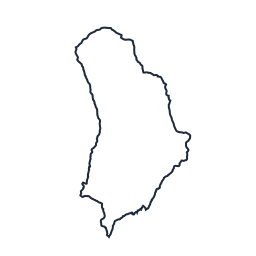 Brusturoasa, Bacau, Romania, rotated 349°
{"feature_id": "2599482B60057151040295", "entity_name": "Brusturoasa", "entity_type": "district", "adm_level": 2, "iso_a3": "ROU", "parent_name": "Romania", "parent_adm1": "Bacau", "projection": "orthographic", "projection_center": [26.192, 46.569], "detail": "fine", "context": "isolated", "style": "outline", "palette": "slate", "viewbox_px": 256, "rotation_deg": 349, "n_neighbors": 0, "source": "geoboundaries", "source_scale": "gbopen_adm2", "svg_char_len": 5770}
<svg xmlns="http://www.w3.org/2000/svg" viewBox="0 0 256 256"><g transform="rotate(349 128 128)"><path d="M130.3,26.7L125.7,25.5L123.9,24.9L122.1,24.8L120.7,25.0L119.2,26.0L115.4,26.0L114.5,26.7L113.8,27.0L110.0,27.8L108.6,28.4L107.8,28.8L106.8,29.6L105.2,31.6L104.8,31.9L104.2,32.2L102.2,32.4L100.9,32.7L100.0,33.6L98.5,35.6L96.3,36.6L94.5,38.1L92.6,38.9L92.2,38.9L92.4,40.1L92.4,40.9L91.1,42.9L90.9,44.3L91.6,46.9L92.2,48.4L92.3,49.2L91.7,50.5L91.3,50.9L91.2,51.4L91.7,52.2L92.0,53.2L93.1,54.4L93.8,55.5L94.4,56.1L94.7,56.6L94.7,58.2L94.9,59.0L95.4,59.5L95.5,60.6L95.3,62.1L95.4,62.7L95.7,63.2L95.7,63.5L95.6,63.9L95.8,64.7L95.8,66.4L95.9,66.9L95.7,67.7L96.4,69.2L96.2,69.4L96.3,70.0L96.5,70.9L97.1,72.7L97.1,73.4L97.4,75.0L97.7,75.9L98.6,77.3L98.8,78.3L98.9,79.8L98.7,80.6L98.6,81.6L98.6,83.2L97.9,85.5L98.4,87.0L99.2,88.0L99.5,89.1L99.4,90.0L99.1,91.2L99.2,92.7L99.1,93.5L99.3,94.1L99.8,94.6L99.8,95.3L100.1,96.4L99.9,97.0L99.9,97.7L100.3,99.2L100.2,99.7L100.4,100.4L100.4,101.4L101.2,103.4L101.0,103.8L101.1,104.2L101.0,106.0L100.8,106.6L100.6,108.3L100.4,109.0L100.7,112.6L101.5,113.9L102.0,115.2L101.7,116.5L101.1,118.0L100.9,119.4L100.8,123.0L99.7,125.4L99.7,126.5L98.9,128.0L98.3,129.0L96.4,130.4L96.2,131.4L95.5,132.2L95.4,132.6L95.5,133.2L95.3,135.0L94.8,135.8L94.1,136.2L93.5,137.7L93.2,138.9L90.8,140.8L88.6,141.8L88.1,142.6L88.0,143.1L88.4,144.3L88.4,144.7L88.3,144.9L87.8,145.2L87.5,145.7L86.8,146.0L86.1,147.3L86.1,148.4L85.5,149.2L85.5,149.5L85.4,151.2L85.1,151.8L84.8,152.1L84.2,153.7L83.6,154.6L83.5,155.1L83.3,155.6L83.4,157.5L83.5,157.9L83.4,158.4L83.0,158.9L82.5,158.7L82.2,159.4L81.8,160.4L82.0,161.2L81.8,161.8L81.4,162.1L81.1,163.2L80.6,164.4L80.3,164.8L80.1,165.4L79.9,165.6L79.9,166.2L79.6,166.7L79.7,167.4L79.7,167.7L79.4,168.0L79.5,168.5L77.9,171.2L77.2,173.2L77.0,174.4L76.8,174.7L76.2,174.7L75.2,174.2L73.5,173.0L72.6,173.9L72.5,174.6L73.4,176.3L73.5,177.1L73.1,177.9L72.8,178.1L72.9,178.4L72.2,179.2L71.6,179.8L70.6,180.4L69.7,181.1L69.6,183.1L69.4,183.6L69.0,184.0L68.4,185.1L69.9,186.9L71.0,187.0L71.3,186.7L72.6,186.5L76.4,187.4L77.0,187.9L78.2,189.6L78.7,189.9L79.4,190.8L80.1,191.0L81.0,191.9L81.8,192.4L82.2,192.6L82.7,193.3L83.6,193.7L85.2,195.4L86.4,196.0L88.0,197.2L87.8,198.7L87.4,199.9L87.3,200.9L87.7,202.1L87.7,202.7L88.2,202.9L88.0,203.6L87.9,205.1L88.4,206.8L88.4,209.3L88.3,210.2L87.6,211.3L87.0,211.9L86.7,212.1L84.9,212.6L84.1,213.1L83.7,213.7L83.5,214.6L83.5,217.1L83.2,218.3L83.4,218.8L84.1,219.4L84.9,219.9L85.5,220.0L86.1,220.4L86.4,220.8L86.6,221.4L86.9,221.4L87.0,221.8L87.3,222.0L87.3,222.3L87.2,222.8L87.4,223.2L87.4,224.7L87.7,225.2L87.7,226.0L87.5,226.7L87.6,227.4L87.1,228.7L87.1,229.5L88.1,230.3L88.5,231.2L89.0,230.5L90.7,228.9L92.3,225.9L93.4,224.5L94.2,222.5L94.5,221.2L96.2,219.2L96.7,217.8L97.5,216.8L100.8,215.9L102.5,216.0L103.0,215.8L103.2,215.4L105.6,214.5L106.0,214.1L106.2,213.6L107.7,213.6L109.1,212.7L110.7,212.4L111.4,212.5L112.9,212.1L113.7,212.1L115.2,211.7L116.0,211.9L116.2,212.6L115.8,213.0L115.9,213.4L116.5,213.8L117.5,213.9L118.0,213.1L118.7,212.5L119.8,212.0L120.7,212.3L120.8,212.7L121.6,211.2L121.8,211.4L122.4,210.9L122.9,210.7L123.5,210.9L124.7,209.8L125.3,210.6L127.2,207.9L128.0,207.3L129.4,209.2L129.8,210.0L129.9,211.6L131.0,211.0L131.5,210.8L132.3,210.8L132.7,210.4L133.3,209.6L133.8,208.5L134.3,208.2L135.3,206.8L136.1,205.0L136.3,205.0L136.6,204.8L137.1,204.0L137.2,203.6L137.8,203.3L137.8,203.2L137.8,202.7L138.9,202.1L140.5,200.3L141.7,198.4L142.4,196.5L143.0,196.1L143.1,195.9L143.1,195.4L143.9,194.8L144.0,194.0L144.4,193.6L144.9,193.3L145.3,193.2L146.2,193.5L147.2,193.1L147.3,192.7L147.9,192.5L148.0,191.6L148.2,191.1L148.5,190.4L149.0,189.8L149.1,189.4L149.6,189.2L149.9,188.7L150.4,188.1L150.5,187.7L151.3,186.7L153.5,184.6L153.8,183.8L155.4,182.9L157.5,182.6L158.0,182.3L158.4,181.8L158.9,181.8L160.0,181.0L160.9,180.7L163.3,179.1L163.6,178.6L163.7,178.0L164.0,177.8L164.0,177.5L165.3,176.2L165.6,175.1L166.1,174.4L166.7,174.2L167.6,174.2L169.8,175.0L170.5,175.1L171.0,174.9L171.7,174.0L171.7,172.9L172.0,172.4L172.7,171.9L174.4,170.2L175.2,170.4L176.4,170.9L178.0,170.6L178.7,170.7L179.8,170.1L180.1,169.6L180.5,167.2L181.0,166.0L181.2,164.9L181.1,163.0L182.0,162.5L182.5,162.1L183.2,161.1L182.5,159.2L181.9,158.5L181.7,157.8L181.5,156.6L181.8,155.5L182.1,153.7L182.6,153.1L183.5,152.6L184.8,152.1L185.6,151.1L186.9,150.0L187.5,147.9L187.6,147.4L187.2,146.3L184.7,144.1L184.3,143.6L183.8,143.4L181.6,143.5L180.8,142.9L179.5,142.5L179.1,142.2L177.8,142.0L176.0,141.0L175.1,140.1L174.8,139.6L173.8,135.5L173.7,134.5L173.6,132.3L172.7,128.5L172.7,126.0L172.2,124.5L171.9,122.4L171.9,121.3L172.2,119.2L172.1,116.3L172.0,115.2L172.3,114.2L172.4,113.2L172.6,112.7L173.2,112.2L173.6,111.2L174.8,109.1L174.0,108.4L173.6,107.2L173.9,106.5L173.6,105.7L174.1,104.2L173.0,103.6L172.1,102.6L172.0,102.2L172.3,100.7L172.5,100.2L172.8,99.7L173.0,98.9L172.9,98.3L172.3,96.5L172.2,94.9L172.6,93.8L173.0,93.6L173.7,92.6L173.7,92.4L173.0,91.6L172.4,91.3L171.6,90.5L171.5,90.1L171.6,89.5L171.5,89.1L170.8,87.3L170.5,85.8L170.3,85.1L169.8,84.2L169.5,83.9L168.4,83.7L167.7,83.2L167.1,83.1L167.3,82.6L166.7,81.8L165.5,81.2L163.6,81.2L163.2,80.9L162.6,80.1L162.0,79.5L161.1,78.9L160.7,78.3L159.2,77.8L158.7,77.8L157.8,77.2L157.0,76.9L154.1,76.7L153.7,76.4L153.6,71.7L153.9,70.9L153.8,69.5L153.3,68.9L152.5,68.2L152.2,66.7L151.6,65.9L150.4,65.0L149.9,63.6L149.3,62.7L149.3,62.1L149.6,61.3L149.7,60.6L149.4,59.9L149.3,59.0L148.7,57.9L148.5,55.5L148.7,55.0L149.0,52.3L149.6,50.2L149.6,48.5L149.3,47.2L149.2,46.4L149.3,43.4L148.1,42.6L147.3,41.8L145.8,41.3L141.9,40.8L140.4,39.9L139.6,39.2L138.5,38.1L138.4,37.7L139.4,36.0L139.4,35.5L134.7,32.3L134.3,31.8L134.0,31.0L133.3,30.6L132.7,29.7L132.1,29.1L131.3,28.7L130.9,28.2L130.3,26.7Z" fill="none" stroke="#1e293b" stroke-width="2"/></g></svg>